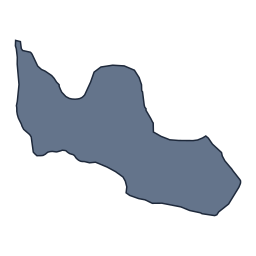 the district of San Francisco El Alto, Totonicapán, Guatemala
{"feature_id": "79465075B12043571614717", "entity_name": "San Francisco El Alto", "entity_type": "district", "adm_level": 2, "iso_a3": "GTM", "parent_name": "Guatemala", "parent_adm1": "Totonicapán", "projection": "albers", "projection_center": [-91.49, 14.976], "detail": "fine", "context": "isolated", "style": "filled", "palette": "slate", "viewbox_px": 256, "rotation_deg": 0, "n_neighbors": 0, "source": "geoboundaries", "source_scale": "gbopen_adm2", "svg_char_len": 1686}
<svg xmlns="http://www.w3.org/2000/svg" viewBox="0 0 256 256"><path d="M15.6,40.4L15.4,45.9L16.3,48.8L17.3,57.2L17.2,64.2L18.9,83.4L19.0,84.5L17.3,101.4L16.4,105.8L16.7,107.1L16.8,109.1L16.8,111.3L17.3,114.5L18.3,117.9L18.8,119.0L20.2,121.8L21.3,124.0L22.1,126.4L23.7,129.4L29.7,134.6L31.2,136.9L33.3,152.1L34.6,153.6L36.9,155.7L41.6,155.6L43.1,155.4L45.3,154.2L46.7,153.0L48.0,152.1L50.1,151.6L52.3,151.4L56.3,151.9L57.6,151.7L60.7,150.8L62.3,150.2L65.1,150.5L66.2,150.9L67.2,151.9L68.3,152.7L69.5,153.5L70.9,154.0L72.0,154.3L73.0,154.6L74.1,155.3L74.9,156.2L75.9,157.8L77.4,159.3L78.6,160.2L79.7,160.8L80.9,161.3L82.2,161.5L83.2,161.5L84.7,161.6L89.5,162.8L95.5,162.2L107.2,167.1L115.5,171.6L123.0,177.0L125.3,181.1L126.8,186.9L126.1,192.8L129.7,195.4L138.7,198.6L145.0,199.8L152.3,203.3L161.9,203.2L180.9,206.9L189.7,210.5L200.5,212.8L202.0,213.7L214.7,215.6L216.8,214.8L218.7,211.9L228.6,204.0L238.9,187.2L239.8,185.0L240.4,183.6L240.6,182.1L240.5,180.7L239.9,179.7L233.0,170.9L231.5,168.7L229.8,166.8L224.8,160.8L222.3,156.1L221.5,152.5L212.4,144.1L208.3,138.1L205.8,136.0L202.5,138.0L197.6,140.0L193.1,140.6L178.9,140.5L169.7,139.8L167.6,138.9L161.1,136.4L153.4,132.0L153.2,123.0L152.4,121.8L150.8,118.6L146.0,110.4L146.0,108.7L144.8,107.3L144.2,105.1L142.5,91.8L141.7,90.7L141.5,84.7L139.1,77.6L134.4,70.2L124.2,65.9L112.7,65.2L100.9,67.0L94.1,72.1L90.6,82.1L84.7,94.9L83.4,96.3L82.0,97.5L79.6,98.6L77.4,99.0L75.0,99.2L71.9,99.0L69.3,98.4L65.9,96.6L61.8,92.3L60.4,89.4L59.2,86.4L59.1,84.7L56.6,82.2L54.1,78.3L51.7,75.6L45.1,71.1L41.5,69.5L37.7,66.1L32.1,54.3L31.2,53.0L30.3,52.2L22.6,50.5L21.3,48.6L20.4,41.6L15.6,40.4Z" fill="#64748b" stroke="#1e293b" stroke-width="1.5"/></svg>